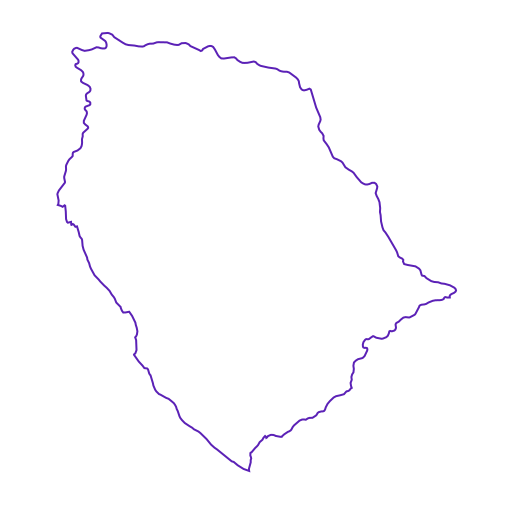 the district of San José De Pare, Boyacá, Colombia, rotated 93°
{"feature_id": "7082276B89227279129415", "entity_name": "San José De Pare", "entity_type": "district", "adm_level": 2, "iso_a3": "COL", "parent_name": "Colombia", "parent_adm1": "Boyacá", "projection": "albers", "projection_center": [-73.534, 6.001], "detail": "fine", "context": "isolated", "style": "outline", "palette": "violet", "viewbox_px": 512, "rotation_deg": 93, "n_neighbors": 0, "source": "geoboundaries", "source_scale": "gbopen_adm2", "svg_char_len": 5999}
<svg xmlns="http://www.w3.org/2000/svg" viewBox="0 0 512 512"><g transform="rotate(93 256 256)"><path d="M471.0,251.6L470.1,251.8L468.8,251.9L462.4,250.5L459.9,250.6L458.5,250.2L457.2,250.5L455.6,251.2L453.2,251.3L452.7,251.1L452.3,250.2L447.8,246.8L445.9,245.0L444.6,244.0L441.7,242.6L439.2,240.0L437.1,239.0L435.3,237.5L436.0,236.6L437.1,236.2L436.6,235.5L435.3,234.7L433.9,232.0L433.8,231.1L433.8,229.4L434.2,227.8L434.6,227.2L434.8,225.8L435.3,222.0L435.2,220.8L434.6,220.5L432.6,218.5L429.9,214.9L429.5,213.9L428.4,212.3L427.5,211.6L424.9,210.4L423.2,209.2L418.1,203.9L416.9,201.4L416.7,199.5L416.9,197.7L415.5,195.8L414.9,194.3L414.6,191.1L412.2,187.8L411.5,187.2L409.5,186.2L408.6,185.1L407.8,182.6L407.7,181.1L407.1,179.8L405.7,179.0L403.4,178.4L399.9,176.8L397.0,174.6L393.2,171.0L391.8,168.7L390.7,164.7L389.4,160.9L386.7,158.8L386.2,158.0L386.2,157.3L385.8,156.5L385.2,155.7L383.2,154.3L382.7,153.5L380.8,154.3L377.8,154.9L374.6,153.9L371.8,154.4L369.2,153.8L367.1,152.6L363.6,152.4L360.5,153.0L357.2,152.6L355.2,150.8L353.7,148.7L352.5,144.8L352.0,143.9L350.2,142.3L344.6,140.0L343.2,139.9L342.2,140.3L341.9,141.5L342.1,142.8L341.9,143.5L341.6,144.1L340.7,144.5L338.8,144.7L336.4,144.2L334.2,142.8L333.5,142.1L333.2,141.4L333.3,139.7L333.0,138.8L331.2,136.7L329.9,134.9L330.1,134.1L331.3,131.7L332.1,126.2L331.8,124.9L330.3,121.7L328.8,120.2L326.4,119.3L324.3,118.9L323.8,118.1L324.1,116.4L323.8,115.5L323.2,113.9L322.2,113.0L320.7,112.5L319.9,112.5L317.5,113.0L316.8,113.0L315.5,112.3L314.1,110.0L311.9,108.0L309.8,105.6L309.2,103.4L309.4,100.3L309.3,99.4L306.7,95.0L306.0,94.1L305.1,93.6L298.4,90.5L297.3,90.2L296.6,89.5L296.0,88.2L295.5,85.2L294.9,83.5L293.4,81.3L291.5,77.2L290.8,74.4L290.5,70.1L290.1,68.1L289.2,66.4L288.2,66.0L287.4,65.4L287.1,64.7L287.5,62.8L287.3,60.3L285.9,60.5L284.9,60.1L283.8,58.9L282.5,56.4L281.3,55.0L280.1,54.4L278.6,54.9L277.3,56.2L275.1,60.8L273.9,66.2L273.7,69.5L272.7,72.7L272.6,76.7L271.9,79.7L269.2,84.6L267.2,86.7L266.9,89.1L266.0,89.7L261.7,91.1L260.1,92.5L258.0,96.2L257.0,104.2L256.3,107.6L253.8,108.9L252.2,108.7L251.0,109.8L249.9,112.4L248.8,113.9L245.0,115.3L243.1,116.3L229.9,124.9L225.7,128.0L223.6,130.0L220.8,131.2L215.0,132.9L208.7,133.7L205.6,134.5L201.7,134.5L195.8,135.5L192.6,136.9L189.6,138.7L186.9,139.8L181.9,138.6L180.2,138.5L177.8,139.8L176.7,141.5L176.8,143.9L178.2,146.6L178.8,148.8L178.8,150.7L178.1,152.6L176.9,154.8L171.9,159.6L167.8,162.9L166.5,164.7L164.9,167.9L162.7,171.4L158.2,174.5L156.9,176.1L155.1,180.3L154.3,183.0L152.8,184.5L143.7,189.0L140.6,191.3L137.0,194.4L135.1,194.8L132.5,194.8L130.0,196.3L128.6,197.9L126.6,199.5L123.4,200.6L121.5,200.3L117.9,198.9L116.4,198.6L114.0,199.1L104.6,203.7L86.9,210.0L86.1,211.4L87.4,214.2L88.1,216.7L87.8,218.3L87.1,219.3L85.2,220.8L81.3,222.0L79.2,222.4L77.4,223.5L75.7,225.3L71.6,231.5L70.9,232.7L70.4,234.7L70.5,238.3L70.2,240.4L69.7,242.2L68.3,244.6L67.8,246.3L67.2,253.4L65.9,261.1L65.4,262.5L64.1,264.8L62.4,266.5L61.9,268.4L63.5,274.6L63.8,277.6L63.8,279.7L63.0,281.9L61.3,284.8L59.7,286.3L58.7,288.1L59.0,291.1L60.5,298.4L60.5,301.0L59.1,303.0L57.3,304.6L52.0,307.8L49.5,309.7L48.7,311.3L48.6,312.9L49.1,314.8L52.0,319.7L53.5,320.5L54.2,321.9L53.3,323.6L49.8,332.5L48.3,334.1L47.7,335.4L47.0,337.4L47.4,341.4L49.2,344.2L49.4,345.9L49.2,348.8L48.3,352.9L47.3,356.0L47.6,364.6L47.8,366.2L49.3,369.9L49.5,373.1L50.2,375.3L51.4,377.6L52.3,378.7L52.8,380.2L52.8,384.1L52.2,388.5L52.0,394.4L51.4,397.3L49.9,400.3L44.9,409.0L42.5,411.1L41.3,414.1L41.0,415.6L41.8,421.4L44.3,422.8L45.3,423.0L46.1,422.6L49.2,417.8L50.5,416.9L52.5,416.3L54.2,416.2L55.5,416.6L56.3,417.2L56.7,418.2L56.8,419.9L56.6,422.0L56.0,424.1L55.9,426.2L58.3,430.8L59.2,433.6L60.1,437.9L59.4,440.7L57.5,445.5L57.6,446.6L58.5,448.4L59.6,449.3L61.6,450.2L62.4,450.1L63.2,449.8L69.3,443.9L70.5,443.4L72.0,443.4L72.7,443.8L73.3,444.6L73.8,446.1L74.9,446.5L76.4,446.0L77.2,444.9L79.6,440.4L81.2,438.6L82.1,438.1L83.3,437.8L84.4,437.8L85.4,438.1L87.5,439.4L88.7,439.9L90.4,439.9L91.0,439.6L92.2,437.8L94.1,433.2L94.9,432.0L95.9,430.8L97.7,430.0L99.5,430.1L100.4,430.6L101.2,431.4L102.2,432.9L103.1,433.8L103.9,434.2L105.0,434.3L109.5,433.4L110.0,432.7L110.4,430.8L110.8,430.1L111.6,429.5L113.1,429.4L114.0,430.0L115.7,433.9L116.3,434.5L117.3,434.8L118.2,434.7L119.0,434.2L120.1,433.0L121.0,432.5L122.4,432.3L123.9,432.6L130.0,435.0L132.1,434.9L133.6,433.4L135.3,430.9L135.9,430.5L136.8,430.3L137.7,430.8L141.9,435.0L143.2,435.5L145.6,435.3L148.4,435.9L151.9,435.6L153.8,435.7L155.5,436.0L157.6,437.0L160.0,439.8L161.7,443.6L162.4,444.2L163.6,444.4L165.7,444.3L166.7,445.0L169.2,447.4L170.8,448.4L174.9,450.2L176.3,450.5L179.6,450.2L181.0,450.3L186.7,451.7L188.2,451.6L192.0,450.6L192.8,450.7L200.8,456.2L203.4,457.3L204.7,457.6L210.9,456.0L214.3,456.1L215.4,456.6L216.2,453.4L217.0,451.7L215.4,449.8L215.8,449.2L221.4,448.3L229.1,447.6L231.9,446.5L232.6,445.6L231.6,442.5L234.5,442.1L234.6,441.8L233.7,440.7L233.8,440.2L234.2,439.6L236.2,438.0L236.3,437.7L235.8,436.3L241.4,434.3L245.3,433.2L246.6,432.3L247.9,431.0L249.1,430.5L254.9,429.7L258.7,428.5L266.4,424.6L268.4,424.2L271.8,422.3L275.2,421.2L277.4,420.1L283.7,416.2L287.7,411.9L289.7,410.1L293.5,406.0L295.5,403.5L298.5,400.4L302.0,398.1L304.4,395.9L306.0,394.8L309.8,393.1L314.0,388.5L315.0,388.3L317.7,387.0L319.4,385.6L319.2,383.3L318.3,379.7L322.3,376.6L328.8,373.0L331.2,372.4L333.8,371.4L337.4,370.5L340.6,370.8L342.4,371.5L343.5,372.4L346.3,371.3L356.2,370.4L359.5,371.4L360.6,372.6L361.0,372.7L367.5,367.6L371.5,363.5L373.8,361.6L374.0,358.8L374.9,357.9L378.9,356.5L380.1,355.7L380.6,355.1L388.4,352.3L390.7,351.7L394.8,349.7L396.4,348.5L399.0,345.6L399.4,344.3L402.4,338.3L403.2,335.8L405.3,332.9L407.3,330.3L409.0,329.0L410.8,327.9L412.9,327.2L414.8,326.1L420.1,324.0L421.7,323.1L423.8,321.3L426.5,318.4L429.4,313.5L430.8,310.8L432.3,308.9L434.3,304.3L435.7,302.3L441.4,295.8L446.7,291.0L449.6,287.4L451.2,284.8L461.9,270.1L462.4,269.3L462.8,267.5L465.9,263.4L469.3,257.3L471.0,251.6Z" fill="none" stroke="#5b21b6" stroke-width="2"/></g></svg>